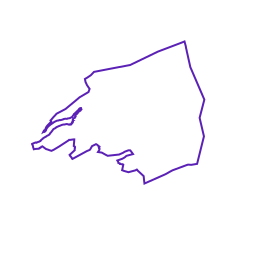 Eidfjord nor, Hordaland, Norway (Robinson projection), rotated 330°
{"feature_id": "86288312B69924208122443", "entity_name": "Eidfjord nor", "entity_type": "district", "adm_level": 2, "iso_a3": "NOR", "parent_name": "Norway", "parent_adm1": "Hordaland", "projection": "robinson", "projection_center": [7.063, 60.345], "detail": "fine", "context": "isolated", "style": "outline", "palette": "violet", "viewbox_px": 256, "rotation_deg": 330, "n_neighbors": 0, "source": "geoboundaries", "source_scale": "gbopen_adm2", "svg_char_len": 4846}
<svg xmlns="http://www.w3.org/2000/svg" viewBox="0 0 256 256"><g transform="rotate(330 128 128)"><path d="M212.0,110.1L212.4,106.5L214.4,100.1L216.3,94.1L217.3,90.8L217.5,90.4L218.0,88.7L218.3,87.6L218.6,87.0L219.0,85.8L220.2,81.3L217.3,80.9L214.8,80.5L192.1,76.8L161.2,74.5L159.9,74.0L152.6,71.5L150.8,70.8L139.9,67.0L126.6,62.4L122.2,63.7L117.9,64.0L115.2,64.0L114.7,65.5L114.3,66.7L114.2,66.9L114.1,68.7L113.9,70.3L114.2,74.0L114.3,74.9L111.8,77.1L101.3,77.2L98.7,77.7L87.5,79.6L83.4,80.3L77.9,80.1L73.3,79.9L70.3,80.9L69.4,81.1L66.3,82.2L66.0,82.4L64.7,82.7L64.7,84.1L60.3,85.3L58.5,85.9L58.1,86.1L57.4,86.5L56.1,87.5L55.9,87.7L55.6,88.1L53.9,88.2L53.7,88.4L53.4,88.6L53.0,88.8L52.6,89.1L52.8,89.1L53.4,89.5L53.6,89.6L54.1,89.6L55.5,89.2L56.2,88.7L56.4,88.4L57.2,87.8L58.8,87.1L59.1,87.0L59.2,86.9L59.7,86.8L60.1,86.7L60.5,86.6L61.0,86.6L62.5,86.3L64.3,86.2L64.5,86.1L65.2,86.1L65.7,86.1L66.1,85.9L67.0,86.0L67.6,85.9L68.1,86.0L68.3,86.0L68.5,86.0L69.9,86.1L70.6,86.3L70.9,86.5L71.4,86.6L71.7,86.8L72.3,86.8L72.7,86.9L72.8,87.0L73.2,87.3L73.4,87.4L73.6,87.4L73.9,87.5L74.1,87.6L75.1,87.9L75.6,87.9L76.5,88.2L76.8,88.1L77.4,88.3L78.0,88.5L78.5,88.7L78.7,88.9L79.2,89.2L79.3,89.3L79.7,89.5L79.9,89.6L80.6,89.6L81.7,90.1L82.8,90.4L83.8,90.4L84.4,90.5L84.8,90.5L85.1,90.4L85.6,90.3L85.7,90.2L86.5,89.8L87.2,89.6L87.4,89.4L87.8,89.2L88.2,88.9L89.2,88.8L89.4,88.7L89.7,88.7L90.4,88.4L90.7,88.4L91.2,88.4L91.5,88.3L91.6,88.2L91.8,88.2L92.3,88.0L93.1,87.7L93.5,87.9L93.7,88.0L94.1,88.0L94.2,87.9L94.5,87.8L94.6,87.5L94.9,87.5L94.9,87.3L95.2,87.0L95.8,86.9L96.6,86.9L97.0,87.1L96.9,87.2L96.9,87.5L97.1,87.7L97.1,87.8L96.7,87.9L96.7,88.0L96.7,88.3L96.8,88.4L96.8,88.5L96.7,88.5L96.8,88.5L96.9,88.4L97.4,88.4L97.7,88.4L97.0,88.6L96.6,88.6L96.0,88.9L95.8,89.1L95.2,89.1L94.5,89.3L94.1,89.3L93.6,89.2L93.0,89.0L92.9,89.1L92.7,89.3L92.3,89.6L92.1,89.7L92.1,89.8L91.9,89.9L90.7,90.3L89.3,90.4L89.0,90.4L88.8,90.7L88.6,91.3L88.4,91.4L88.5,91.5L88.4,91.9L88.2,92.0L87.6,92.1L87.3,92.4L87.2,92.5L87.0,92.4L86.7,92.5L85.7,92.4L85.3,92.4L85.1,92.6L84.4,93.1L84.4,93.5L83.9,94.0L84.0,94.1L83.9,94.1L83.8,94.6L83.7,94.8L83.3,95.0L83.0,94.9L82.8,95.0L83.0,95.4L83.0,95.5L82.8,95.6L82.5,95.0L82.3,95.1L82.2,95.2L81.9,95.4L82.0,95.4L81.9,95.6L82.0,95.7L82.0,95.8L81.2,96.2L80.7,96.5L80.3,96.5L79.9,96.3L80.1,96.2L79.8,96.2L79.6,96.1L79.4,95.9L79.4,95.7L79.0,95.6L78.3,95.3L78.2,95.1L77.7,94.7L77.3,94.2L77.1,94.0L75.7,93.5L74.7,93.2L73.8,92.7L72.5,92.3L71.8,92.2L69.5,91.9L69.2,91.8L68.6,91.7L67.6,91.7L67.4,91.6L66.5,91.5L65.6,91.6L65.3,91.8L65.2,91.8L64.6,91.8L64.3,91.7L63.8,91.7L62.8,91.7L62.3,91.9L62.1,92.0L60.9,92.6L60.3,92.7L59.5,93.2L57.7,93.7L57.4,94.0L57.2,94.0L56.9,94.2L56.7,94.3L56.1,94.4L55.3,94.4L54.0,94.3L53.3,94.3L52.5,94.5L51.8,94.4L50.6,94.4L49.9,94.4L49.0,94.5L48.9,94.6L48.5,94.8L47.6,94.8L46.6,95.0L46.3,95.3L45.5,95.5L45.1,95.4L44.9,95.3L44.6,95.4L44.0,95.4L43.9,95.3L43.4,95.2L43.2,95.1L42.5,95.1L42.1,95.0L41.8,95.0L41.7,95.0L41.7,94.9L41.3,94.6L41.0,94.5L40.9,94.5L40.8,94.4L40.4,94.4L40.1,94.2L37.0,93.8L36.8,94.2L36.8,94.4L36.9,94.9L36.7,95.6L36.7,96.1L36.2,97.3L35.9,99.0L35.8,99.3L37.7,100.0L40.5,101.4L41.1,101.2L41.3,101.1L41.6,101.3L41.8,101.2L42.0,101.1L42.6,101.3L42.8,101.2L43.2,101.1L43.6,100.9L43.9,101.1L44.0,101.1L44.7,101.1L46.4,105.1L47.0,105.8L47.6,106.4L49.1,108.2L50.3,109.5L52.8,109.7L59.0,109.6L70.1,109.0L70.8,108.9L71.1,108.8L71.6,109.2L75.5,110.8L75.8,111.0L74.4,113.1L74.1,113.5L72.0,116.5L72.2,116.9L72.2,117.1L72.6,117.5L72.5,117.8L72.6,118.0L72.2,118.6L71.8,119.0L71.7,119.2L71.5,119.3L71.3,119.5L70.8,120.6L64.0,122.1L64.2,122.7L64.0,122.9L63.9,123.3L64.1,123.8L64.1,124.1L64.2,124.3L64.2,124.6L64.4,125.4L64.3,125.8L64.2,126.1L64.2,126.5L64.4,127.0L79.9,127.4L80.7,127.4L83.7,127.8L84.4,127.7L87.8,125.7L92.2,126.0L92.9,127.1L93.1,127.5L93.2,128.2L93.9,129.7L93.1,129.9L93.0,130.2L93.1,130.5L92.8,130.9L92.7,131.1L92.7,131.3L92.7,131.5L92.9,131.6L92.7,131.8L92.6,132.2L92.5,132.4L92.3,132.5L92.1,132.7L90.0,133.8L93.0,136.2L95.2,139.9L96.5,141.9L105.6,145.9L106.3,146.2L106.8,146.5L111.3,147.0L113.3,146.9L116.9,147.5L117.1,147.5L118.7,148.4L118.8,148.6L119.2,151.9L119.3,153.1L113.0,151.4L112.3,151.4L111.1,151.7L109.9,151.8L108.7,151.8L107.8,151.8L102.5,150.8L102.5,151.3L102.6,151.7L102.6,151.9L102.6,152.0L102.5,152.3L102.5,152.6L102.5,153.0L102.4,153.1L102.2,153.4L102.3,153.5L102.7,154.0L102.9,154.4L103.1,154.6L102.9,154.8L102.9,155.0L103.5,155.4L104.2,156.1L104.7,156.4L105.0,156.5L105.4,156.9L105.6,157.4L102.1,161.3L101.8,161.6L102.4,162.3L103.0,163.1L106.3,166.5L113.3,168.4L114.9,168.4L115.0,168.5L115.1,169.8L115.3,170.4L117.3,176.8L117.5,177.5L117.0,178.6L115.7,181.5L114.5,184.3L136.7,186.7L138.6,186.8L142.2,186.8L145.4,186.9L160.1,189.4L161.5,189.7L162.1,190.0L164.3,191.5L169.9,193.6L189.6,173.2L195.1,155.0L208.3,141.6L212.0,110.1Z" fill="none" stroke="#5b21b6" stroke-width="2"/></g></svg>